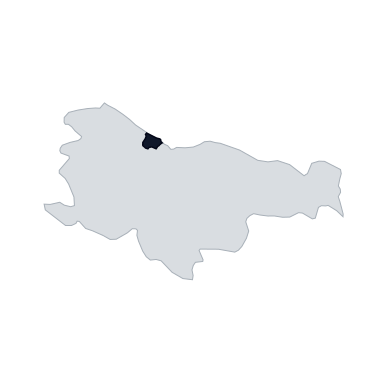 Tržič on a map of Slovenia (Robinson projection), rotated 25°
{"feature_id": "SVN-1019", "entity_name": "Tržič", "entity_type": "Municipality", "adm_level": 1, "iso_a3": "SVN", "parent_name": "Slovenia", "parent_adm1": "", "projection": "robinson", "projection_center": [14.327, 46.38], "detail": "fine", "context": "in_parent", "style": "filled", "palette": "ink", "viewbox_px": 384, "rotation_deg": 25, "n_neighbors": 0, "source": "natural_earth", "source_scale": "10m", "svg_char_len": 2197}
<svg xmlns="http://www.w3.org/2000/svg" viewBox="0 0 384 384"><g transform="rotate(25 192 192)"><path d="M339.3,150.6L331.0,147.8L321.0,146.6L319.1,148.1L315.1,149.7L313.1,152.5L314.8,163.6L312.4,165.5L301.0,164.4L297.3,165.7L291.2,173.4L284.8,176.6L276.8,178.9L270.9,181.7L263.4,184.1L257.0,185.6L254.4,189.0L252.9,192.7L253.3,196.3L259.9,203.4L260.9,210.9L260.2,220.2L258.7,225.1L256.2,228.4L240.1,232.7L223.5,240.3L223.1,242.0L230.7,248.8L231.1,250.4L224.8,254.3L224.2,258.1L224.9,262.6L228.3,267.2L229.5,271.3L220.3,274.3L207.9,273.2L193.1,267.4L188.0,268.3L183.0,271.3L177.9,270.0L172.3,266.4L164.3,259.1L160.4,254.6L158.8,249.8L156.7,249.1L153.4,250.5L150.7,256.3L143.3,266.8L137.9,269.6L129.7,269.0L118.2,269.2L111.0,270.0L102.3,266.3L100.2,267.0L100.1,269.5L96.9,273.3L91.5,275.8L66.6,270.2L63.1,265.5L68.7,263.2L76.5,257.2L81.8,257.9L88.3,256.6L91.2,254.0L87.1,246.4L76.8,236.9L71.3,233.3L63.7,231.0L62.5,228.4L66.7,213.5L65.4,211.4L56.8,212.1L54.8,210.5L54.1,208.0L54.7,204.4L60.5,198.6L67.0,193.5L68.7,190.6L68.5,188.4L60.3,186.1L55.3,183.7L51.4,182.9L48.6,184.2L46.6,182.8L44.7,178.5L46.7,171.9L54.1,165.9L62.1,160.5L69.1,156.6L73.1,155.0L75.0,148.3L79.1,149.0L87.3,149.3L96.5,150.8L105.0,152.7L112.5,155.1L128.2,157.6L142.6,159.0L146.9,160.4L150.4,160.3L154.8,162.3L157.3,160.8L159.2,158.1L167.0,154.9L174.2,150.7L179.2,145.4L182.0,141.2L187.0,138.3L192.2,137.4L197.0,135.9L217.3,133.9L238.2,135.5L248.1,132.6L256.3,127.4L268.2,126.0L268.8,125.9L286.7,129.9L288.1,127.6L288.9,126.6L288.4,115.4L294.0,110.4L299.2,108.2L317.1,108.9L319.5,112.3L320.4,117.6L322.1,124.7L325.1,126.7L326.8,129.5L326.5,134.4L330.0,138.1L338.3,148.1L339.3,150.6Z" fill="#d9dde1" stroke="#a8b0b8" stroke-width="1"/><path d="M125.9,157.8L137.1,158.1L140.3,157.5L141.3,157.7L141.8,158.3L142.1,158.9L142.6,159.5L144.2,160.1L143.9,160.4L142.8,162.7L142.5,163.8L141.5,165.5L141.5,166.5L141.2,168.0L136.9,168.1L136.1,168.3L134.9,169.3L134.2,169.7L133.8,171.5L131.4,171.8L130.9,171.7L130.3,171.4L128.2,170.9L127.6,170.4L127.2,169.6L127.4,169.1L126.9,168.8L126.7,168.4L126.5,167.8L127.1,163.5L126.9,160.7L125.5,159.4L125.9,158.0L125.9,157.9L125.9,157.8Z" fill="#0f172a" stroke="#020617" stroke-width="1.5"/></g></svg>